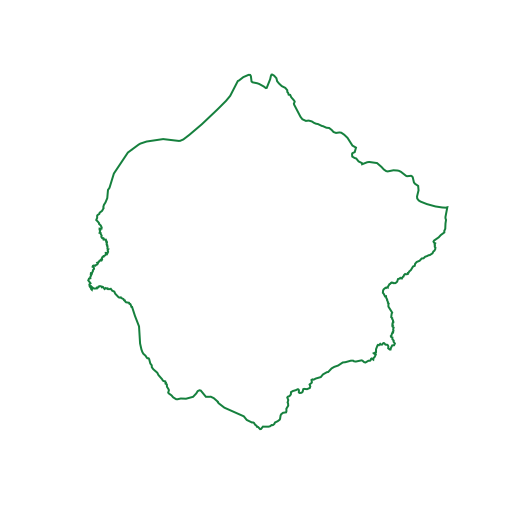 the district of Phnum Sruoch, Kâmpóng Spœ, Cambodia, rotated 121°
{"feature_id": "14789045B53817088331996", "entity_name": "Phnum Sruoch", "entity_type": "district", "adm_level": 2, "iso_a3": "KHM", "parent_name": "Cambodia", "parent_adm1": "Kâmpóng Spœ", "projection": "albers", "projection_center": [104.255, 11.311], "detail": "fine", "context": "isolated", "style": "outline", "palette": "green", "viewbox_px": 512, "rotation_deg": 121, "n_neighbors": 0, "source": "geoboundaries", "source_scale": "gbopen_adm2", "svg_char_len": 6130}
<svg xmlns="http://www.w3.org/2000/svg" viewBox="0 0 512 512"><g transform="rotate(121 256 256)"><path d="M419.3,249.6L416.9,247.1L414.4,242.5L409.1,237.4L404.5,236.4L401.9,236.4L400.2,235.3L399.8,234.0L402.5,226.4L399.9,222.2L399.6,219.0L400.6,213.5L401.1,213.3L401.5,211.8L402.3,205.0L399.7,183.9L401.3,179.5L400.8,173.7L400.2,172.9L400.1,171.8L401.1,169.8L401.2,168.1L401.9,167.3L401.5,166.1L402.3,163.3L401.7,162.6L398.7,162.2L395.8,157.3L394.5,156.1L392.9,155.6L392.5,154.7L391.8,154.2L390.3,153.8L389.0,154.0L386.4,152.3L384.1,151.4L383.2,151.5L380.0,152.8L378.7,152.9L376.5,152.1L374.5,149.7L373.3,150.0L371.3,151.3L367.7,151.3L365.7,152.7L365.4,153.4L362.8,154.2L361.2,156.3L360.3,156.3L359.2,155.4L357.9,154.9L356.5,154.9L354.7,155.9L352.8,154.9L350.3,152.6L348.8,151.7L348.5,151.0L348.9,150.1L350.9,149.0L350.9,147.9L349.7,146.5L348.4,146.1L345.8,146.9L345.1,146.3L343.9,143.7L341.4,141.9L339.8,142.3L338.5,143.9L336.1,143.0L335.4,143.1L333.7,144.6L332.7,144.1L332.3,142.9L330.3,141.7L326.4,138.1L323.0,137.6L319.1,135.4L318.3,134.4L313.4,133.3L310.7,131.8L307.6,129.2L302.6,126.8L301.0,124.7L296.9,120.8L295.7,118.8L295.8,117.8L295.1,116.1L291.1,111.8L290.9,110.9L291.3,108.6L290.9,107.3L287.9,105.7L287.0,104.3L286.5,104.1L284.9,104.4L284.3,104.1L284.4,102.1L283.0,102.7L281.4,102.3L278.6,102.6L278.3,103.0L278.9,104.1L278.7,105.0L276.6,103.6L274.1,105.1L270.0,105.8L269.4,105.7L269.2,104.7L267.4,104.3L267.7,103.4L266.9,102.2L265.7,102.2L264.9,101.8L264.7,101.2L265.3,99.4L264.5,97.7L264.7,96.8L265.6,95.8L267.0,95.2L267.3,93.2L266.9,92.5L265.3,93.0L262.5,93.2L261.4,91.7L259.5,91.9L258.6,94.0L257.6,94.4L257.1,96.2L255.6,97.1L255.8,98.4L255.2,99.2L254.2,99.0L252.0,99.6L251.2,99.0L250.4,99.3L250.2,99.8L249.2,99.7L248.2,100.7L246.4,101.2L246.2,102.6L245.7,103.2L244.8,103.0L244.4,103.9L243.2,104.4L242.4,104.0L241.8,104.2L241.7,104.8L240.7,105.3L239.7,107.0L239.1,107.2L238.8,108.6L235.6,110.0L234.4,110.1L231.2,116.4L229.5,117.5L228.4,117.8L228.3,118.8L227.5,119.2L226.2,121.1L225.7,121.2L224.9,122.7L223.5,123.9L224.2,124.6L222.6,127.1L222.2,128.3L220.1,129.3L218.8,129.4L216.5,128.6L216.4,128.0L215.7,127.8L215.2,126.8L214.9,127.1L211.3,127.1L210.8,126.6L209.7,126.5L209.0,126.2L209.0,125.5L208.4,125.1L208.4,124.0L207.4,122.5L205.3,121.8L202.6,122.4L201.7,121.5L200.6,121.1L200.8,120.7L200.0,120.0L200.1,119.4L198.1,119.4L197.7,119.0L195.9,119.3L194.6,118.9L194.5,118.1L193.3,116.6L192.3,117.1L191.7,116.6L190.4,116.7L188.3,116.0L184.1,116.0L182.7,114.9L180.7,115.6L178.4,115.2L175.8,113.3L172.8,112.7L171.7,111.2L169.6,110.7L167.8,109.2L166.5,108.5L165.7,107.5L162.8,106.1L160.8,106.3L159.6,105.8L157.8,105.9L156.3,106.6L156.2,107.3L155.5,107.9L154.7,108.1L154.4,108.7L152.8,108.9L152.9,110.3L152.2,111.3L151.0,111.3L145.9,109.0L142.9,108.4L138.8,106.7L137.6,107.5L135.2,107.8L130.4,110.4L127.2,111.7L126.1,113.0L125.0,113.7L115.7,117.1L116.9,118.3L118.5,121.4L121.1,127.7L123.5,136.3L124.6,142.9L124.6,145.1L123.7,147.4L122.1,148.6L116.0,150.5L112.4,153.1L112.2,156.9L111.6,158.5L107.8,162.2L107.4,163.1L107.4,164.4L109.8,167.6L110.0,168.7L109.2,175.1L109.4,177.4L109.9,178.8L111.7,182.3L115.7,186.7L116.2,188.2L116.0,191.0L115.0,194.4L114.0,200.1L117.1,207.4L118.4,209.0L122.7,212.3L121.8,213.1L122.1,216.8L120.8,220.3L121.2,221.9L121.2,224.7L119.1,226.2L118.2,226.3L116.1,224.9L111.6,226.1L111.7,230.2L107.6,238.4L106.6,242.9L106.4,246.4L107.1,248.1L109.3,250.8L109.8,253.4L109.0,256.0L108.6,259.2L109.8,261.8L110.2,265.4L110.6,266.5L111.0,270.9L111.7,272.7L112.0,274.8L111.9,277.5L112.8,280.6L114.5,282.8L114.9,286.7L113.8,289.5L106.6,301.3L105.9,302.0L103.8,302.3L103.2,303.2L101.8,307.5L100.3,309.7L100.9,311.1L99.6,312.5L99.3,313.6L97.8,314.6L96.8,317.5L97.1,321.4L96.3,325.1L95.3,327.9L93.1,330.1L92.1,333.3L92.1,335.5L92.5,336.1L93.9,336.0L97.2,334.9L106.4,333.4L107.0,334.1L106.7,336.6L106.9,341.9L107.3,343.9L108.9,348.4L108.7,349.7L104.5,353.0L103.8,354.3L104.6,355.7L109.2,359.0L114.4,361.0L115.4,361.7L132.0,360.6L138.5,361.6L150.5,364.6L171.0,370.3L186.4,375.5L193.5,378.3L196.4,380.4L197.2,381.6L203.6,395.8L214.2,408.7L219.2,413.0L221.0,414.0L233.3,419.1L258.5,420.3L273.0,416.7L275.6,416.9L283.0,413.3L287.7,412.6L290.4,412.7L292.7,412.1L293.4,411.3L296.6,411.2L299.4,412.3L300.7,412.0L302.5,412.9L303.3,412.9L305.1,411.8L307.4,411.5L308.1,408.9L308.7,407.4L309.3,407.1L309.8,404.8L311.1,402.9L312.2,402.5L313.1,404.2L314.1,403.6L314.3,402.7L316.7,402.0L316.3,401.0L317.2,400.3L318.0,398.8L319.2,398.5L319.9,397.1L319.9,396.5L319.4,396.2L319.4,395.6L320.4,395.0L319.3,393.1L320.9,391.8L320.5,391.3L321.1,390.7L322.8,390.2L323.3,389.0L324.0,389.0L324.5,388.0L326.1,387.2L326.6,386.6L326.4,386.1L327.5,386.1L328.6,384.9L330.7,384.7L330.3,385.8L330.7,386.4L332.1,385.3L334.1,386.1L334.5,386.6L335.0,386.3L336.0,387.1L337.2,387.0L338.2,386.1L339.3,386.1L339.3,387.1L340.1,387.0L340.6,387.7L342.2,387.7L343.5,388.6L343.9,387.7L344.9,387.7L346.1,388.5L347.1,388.7L347.5,390.0L348.4,390.7L349.4,390.5L349.3,389.4L350.0,388.5L350.8,388.2L352.1,388.5L353.3,387.9L354.5,388.0L355.7,387.6L355.9,388.6L357.2,388.0L357.6,387.3L359.5,387.2L360.4,386.5L361.4,387.5L363.3,387.2L364.6,383.8L366.2,384.2L367.4,383.2L366.8,382.0L367.3,381.3L368.2,381.8L368.6,380.8L369.3,380.2L369.5,379.3L367.2,380.1L367.4,378.5L367.1,377.7L365.7,375.7L365.0,376.1L364.3,375.1L363.3,375.2L363.2,374.8L362.2,374.3L361.6,372.2L362.1,371.9L361.4,371.1L362.3,368.8L360.9,368.3L361.0,367.8L360.3,366.8L360.7,366.6L360.7,365.9L359.8,364.4L358.9,363.6L359.8,361.4L359.5,359.1L360.8,357.3L362.1,352.7L362.1,351.8L361.1,350.6L361.4,350.2L361.2,347.4L361.9,346.3L361.6,345.6L362.3,344.8L362.6,343.5L361.5,340.8L362.2,339.8L361.9,339.2L362.1,338.6L363.8,336.5L363.5,336.0L369.6,329.0L376.6,320.0L390.7,310.3L395.1,306.1L396.8,304.0L397.8,302.3L398.4,299.3L399.4,297.3L399.6,296.4L399.0,295.4L399.4,294.5L402.6,291.2L403.4,289.1L405.0,288.0L406.0,285.6L406.9,280.5L408.3,278.3L410.0,273.0L410.7,271.8L410.8,270.9L410.2,269.2L411.0,268.5L411.0,268.0L412.0,267.8L412.0,266.3L413.9,265.0L415.4,262.1L416.0,261.5L418.3,260.9L418.7,260.1L419.0,256.6L419.8,254.3L419.9,250.8L419.3,249.6Z" fill="none" stroke="#15803d" stroke-width="2"/></g></svg>